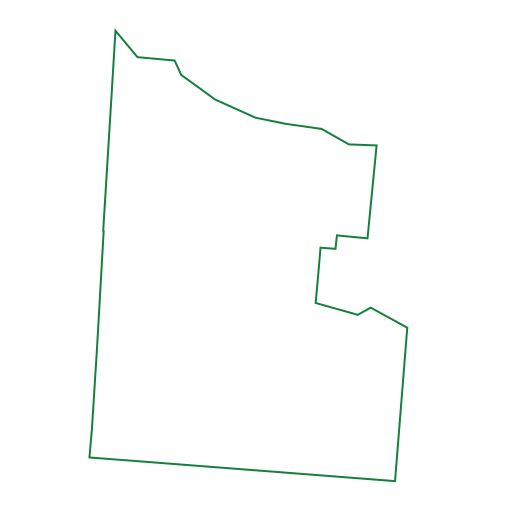 Holmes, Florida, United States of America, rotated 274°
{"feature_id": "52423323B82780636991471", "entity_name": "Holmes", "entity_type": "district", "adm_level": 2, "iso_a3": "USA", "parent_name": "United States of America", "parent_adm1": "Florida", "projection": "equal_earth", "projection_center": [-85.728, 30.85], "detail": "fine", "context": "isolated", "style": "outline", "palette": "green", "viewbox_px": 512, "rotation_deg": 274, "n_neighbors": 0, "source": "geoboundaries", "source_scale": "gbopen_adm2", "svg_char_len": 498}
<svg xmlns="http://www.w3.org/2000/svg" viewBox="0 0 512 512"><g transform="rotate(274 256 256)"><path d="M43.4,103.9L41.1,410.4L195.0,411.9L212.5,374.0L204.4,361.6L213.3,318.8L238.3,319.3L268.8,319.8L268.7,334.8L282.2,335.3L281.4,366.0L374.7,368.6L373.8,340.9L387.3,312.7L389.9,276.6L393.9,245.9L409.2,204.4L431.4,168.8L445.3,161.2L446.1,123.9L470.9,100.1L470.6,100.1L406.1,100.7L270.6,101.8L270.3,102.3L156.0,103.8L72.3,104.4L43.4,103.9Z" fill="none" stroke="#15803d" stroke-width="2"/></g></svg>